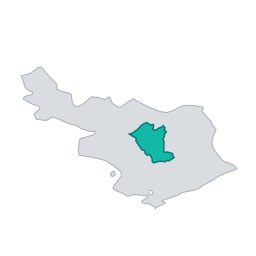 Armenia, with Kotayk highlighted, rotated 162°
{"feature_id": "ARM-1673", "entity_name": "Kotayk", "entity_type": "Province", "adm_level": 1, "iso_a3": "ARM", "parent_name": "Armenia", "parent_adm1": "", "projection": "robinson", "projection_center": [44.631, 40.391], "detail": "fine", "context": "in_parent", "style": "filled", "palette": "teal", "viewbox_px": 256, "rotation_deg": 162, "n_neighbors": 0, "source": "natural_earth", "source_scale": "10m", "svg_char_len": 3430}
<svg xmlns="http://www.w3.org/2000/svg" viewBox="0 0 256 256"><g transform="rotate(162 128 128)"><path d="M113.5,154.2L111.5,151.2L101.5,141.2L92.2,133.6L85.9,130.5L79.5,130.8L69.5,132.3L65.8,131.7L57.2,128.4L50.0,124.4L50.9,122.8L52.5,121.6L50.7,116.5L46.7,108.3L47.1,105.7L45.9,102.2L44.5,99.5L50.2,93.0L52.8,87.9L53.4,82.9L51.9,77.6L48.2,68.2L45.9,65.4L41.7,62.9L38.1,58.7L37.2,55.7L40.3,55.1L49.0,55.0L57.5,54.0L64.2,52.0L73.8,50.4L77.8,48.9L82.5,48.2L96.5,49.8L101.8,48.6L117.7,48.4L118.1,47.8L115.9,45.8L115.9,45.0L125.4,43.7L126.8,42.8L128.1,46.0L131.6,49.5L135.5,50.9L137.6,52.9L137.7,54.3L130.8,56.1L130.4,57.0L130.8,57.9L132.8,58.3L142.5,62.8L147.9,62.9L150.8,64.2L152.3,66.8L156.9,70.4L160.5,73.9L160.8,75.1L160.1,76.9L149.9,83.7L148.6,86.1L148.4,88.6L153.0,96.0L159.6,104.1L169.2,110.2L182.5,116.9L182.7,121.0L180.6,125.9L178.8,129.3L178.0,131.5L176.4,132.5L163.3,132.3L161.3,133.1L160.4,134.1L160.4,134.9L165.1,136.4L172.5,141.7L176.8,146.8L181.2,149.1L186.2,153.2L190.2,157.0L196.4,161.9L203.3,160.3L212.6,164.7L213.0,167.7L212.5,170.4L206.7,173.3L205.9,174.5L206.0,175.5L206.7,176.9L210.2,179.3L214.2,182.9L218.8,188.1L216.8,189.7L212.5,189.9L209.2,189.3L208.1,190.4L208.2,192.1L212.5,196.1L213.3,199.0L213.2,204.1L213.5,210.5L203.4,210.1L194.9,213.2L191.6,212.6L189.5,207.1L187.6,202.7L182.1,191.4L183.6,186.7L180.5,184.0L173.2,179.2L171.3,177.2L172.3,174.5L173.0,169.5L172.3,165.4L170.3,164.2L166.7,164.1L162.3,165.1L153.4,169.0L147.2,166.5L143.6,164.0L141.5,161.9L136.9,163.6L135.8,162.8L135.5,157.6L134.1,154.7L131.3,151.5L128.7,149.9L119.2,153.1L113.5,154.2ZM128.1,61.3L128.4,59.4L128.0,57.7L126.4,57.2L124.6,57.6L124.4,59.5L125.0,61.3L126.9,62.1L128.1,61.3ZM158.6,90.1L156.4,91.3L154.4,90.7L154.3,87.8L155.8,86.7L157.5,86.7L159.2,87.8L158.6,90.1Z" fill="#d9dde1" stroke="#a8b0b8" stroke-width="1"/><path d="M113.7,86.7L115.1,87.7L115.3,89.1L115.1,89.5L114.7,90.2L114.6,90.8L114.6,91.4L115.3,95.2L115.5,95.7L115.8,96.0L116.2,96.1L117.5,96.0L117.8,96.1L118.1,96.4L118.5,96.8L119.2,97.8L119.4,98.4L119.5,99.0L119.4,99.5L119.1,100.4L119.0,100.9L119.1,101.2L119.3,101.5L121.0,102.5L121.5,103.0L121.7,103.5L124.4,112.8L124.5,113.6L124.0,114.2L123.7,114.6L123.5,115.4L123.6,115.9L123.8,116.3L127.7,120.6L128.6,121.8L126.4,121.7L124.7,121.9L122.4,122.8L120.4,123.3L118.7,124.0L114.4,126.3L112.0,127.0L109.1,127.4L108.8,127.4L108.1,127.0L107.7,126.7L107.1,125.4L106.6,125.2L106.1,124.1L105.7,123.9L105.4,123.8L104.2,123.9L103.2,123.8L102.9,123.6L102.7,123.2L102.8,122.7L103.0,122.2L103.1,121.8L103.3,121.4L103.5,121.1L104.5,120.2L104.7,119.9L104.9,119.6L104.8,119.4L104.5,119.1L104.0,118.7L103.2,117.7L102.6,117.4L102.2,117.2L101.5,117.4L99.9,118.1L99.6,118.2L97.3,118.4L96.6,118.3L96.4,118.3L95.9,118.6L95.7,118.6L95.4,118.7L95.1,118.6L94.5,118.5L94.3,118.6L94.2,118.6L94.0,118.8L93.9,118.9L93.8,119.2L93.0,117.6L92.9,116.8L92.9,116.3L93.1,116.0L93.8,115.6L94.1,115.3L94.4,115.0L94.4,114.7L94.3,114.4L93.6,114.0L93.2,113.6L92.8,112.9L92.8,112.5L93.0,112.1L93.4,112.0L93.8,111.9L94.3,111.6L94.8,111.1L96.9,107.6L97.8,107.1L98.3,106.6L98.5,106.1L98.4,105.7L98.0,104.7L97.9,104.1L100.6,96.6L101.1,94.8L101.1,93.7L100.7,93.5L100.3,93.4L98.2,93.0L97.7,92.8L94.0,90.3L93.6,89.8L93.5,89.5L93.8,88.5L93.8,87.9L93.4,85.5L98.2,84.3L99.6,84.2L100.5,84.8L101.1,85.1L101.6,85.0L102.7,84.5L103.1,84.5L103.5,84.6L106.3,86.0L108.7,86.7L111.4,86.9L112.0,86.9L113.7,86.7Z" fill="#14b8a6" stroke="#0f766e" stroke-width="1.5"/></g></svg>